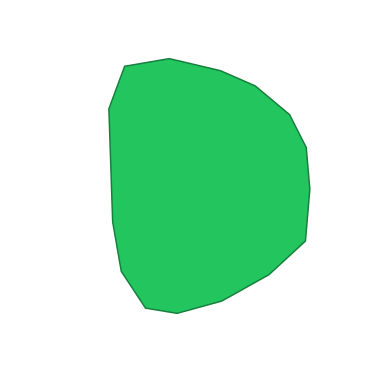 an SVG outline of Mangaia, rotated 211°
{"feature_id": "COK-4952", "entity_name": "Mangaia", "entity_type": "state/province", "adm_level": 1, "iso_a3": "COK", "parent_name": "Cook Islands", "parent_adm1": "", "projection": "equal_earth", "projection_center": [-157.932, -21.908], "detail": "fine", "context": "isolated", "style": "filled", "palette": "green", "viewbox_px": 384, "rotation_deg": 211, "n_neighbors": 0, "source": "natural_earth", "source_scale": "10m", "svg_char_len": 356}
<svg xmlns="http://www.w3.org/2000/svg" viewBox="0 0 384 384"><g transform="rotate(211 192 192)"><path d="M172.0,68.5L211.7,87.5L244.6,125.5L306.1,220.5L314.5,265.1L280.2,294.6L230.3,310.6L192.5,315.5L148.3,308.6L117.0,289.0L92.5,255.2L69.5,208.4L83.4,160.9L110.2,114.0L142.3,80.3L172.0,68.5Z" fill="#22c55e" stroke="#15803d" stroke-width="1.5"/></g></svg>